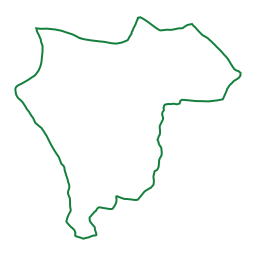 Mayo, Pattani, Thailand
{"feature_id": "78962969B89271538016717", "entity_name": "Mayo", "entity_type": "district", "adm_level": 2, "iso_a3": "THA", "parent_name": "Thailand", "parent_adm1": "Pattani", "projection": "orthographic", "projection_center": [101.405, 6.689], "detail": "fine", "context": "isolated", "style": "outline", "palette": "green", "viewbox_px": 256, "rotation_deg": 0, "n_neighbors": 0, "source": "geoboundaries", "source_scale": "gbopen_adm2", "svg_char_len": 4360}
<svg xmlns="http://www.w3.org/2000/svg" viewBox="0 0 256 256"><path d="M192.0,24.0L187.8,24.9L186.7,25.4L183.9,27.2L182.7,28.1L181.3,28.3L179.4,28.3L177.3,28.6L173.5,29.5L170.5,29.9L169.4,29.8L166.6,29.7L164.7,30.0L162.5,30.2L161.2,30.4L159.6,30.2L155.9,27.9L147.2,21.4L143.2,18.8L140.4,17.3L140.2,17.5L139.8,17.6L139.4,17.6L138.9,17.5L138.7,17.5L138.3,17.6L138.1,17.7L137.8,17.9L137.8,18.2L137.8,18.4L137.8,18.6L137.8,18.8L137.7,18.8L137.6,19.1L137.4,19.5L136.9,20.7L136.3,22.2L136.0,23.0L135.9,23.5L135.8,23.8L135.0,25.4L134.2,27.0L133.3,28.6L133.2,29.0L133.0,29.5L132.8,30.2L132.6,30.6L132.3,31.1L132.2,31.2L132.1,31.5L131.9,31.8L131.8,32.0L131.7,32.1L131.5,33.7L131.5,33.8L131.2,34.2L130.3,35.6L129.7,36.6L129.1,37.5L128.8,38.1L128.3,39.2L127.8,39.9L127.8,40.0L127.7,40.1L127.4,40.3L124.3,41.6L121.9,42.5L119.1,43.1L116.3,43.6L112.1,43.3L110.1,43.0L108.2,42.6L105.1,42.0L102.1,41.6L100.1,41.5L98.1,41.2L94.5,40.8L92.0,40.5L89.8,40.2L86.2,39.6L82.9,39.0L80.4,38.3L80.5,38.2L78.2,37.4L77.5,36.9L76.1,36.2L73.5,34.8L70.4,33.7L66.0,32.3L64.8,31.9L63.5,31.4L60.8,30.6L58.4,30.1L55.3,29.5L53.2,29.3L50.4,29.0L47.5,28.7L44.9,28.7L40.4,28.8L36.3,28.3L37.3,32.1L38.9,35.1L40.0,37.8L40.7,39.2L40.9,41.0L41.6,43.4L42.5,45.8L42.6,50.0L42.4,52.7L42.0,56.6L41.5,61.7L41.0,64.2L40.1,67.1L38.5,70.7L36.7,73.2L35.2,75.2L34.7,75.6L31.5,77.6L28.5,79.7L21.8,83.6L20.6,84.1L19.5,84.7L18.2,85.3L16.6,86.5L15.8,87.6L15.4,88.6L15.4,90.0L15.7,92.3L16.0,94.0L16.3,94.9L17.1,96.5L18.3,98.2L19.1,99.0L20.6,100.1L22.6,102.3L24.7,105.4L25.8,107.2L26.7,108.9L29.1,111.9L31.4,115.8L33.0,117.8L34.4,120.8L35.0,122.2L35.6,123.1L39.2,126.2L39.6,126.5L41.4,127.9L43.6,131.1L46.7,136.0L50.5,143.6L52.2,146.7L53.8,149.5L57.0,154.5L58.9,157.2L59.7,159.4L61.2,163.3L61.5,164.0L63.1,165.4L63.9,166.4L64.4,167.6L64.6,170.0L66.3,175.5L67.5,179.1L68.4,182.8L69.2,185.0L69.3,186.7L69.3,187.6L68.1,191.5L68.0,193.5L68.9,196.2L69.8,198.1L70.0,201.1L70.1,205.0L70.3,207.7L70.6,208.9L70.7,210.1L70.4,211.6L68.7,214.5L67.4,217.6L66.8,219.6L66.4,221.4L67.0,222.6L68.6,224.5L71.0,227.0L72.9,228.5L74.4,230.2L75.4,232.7L75.2,234.9L75.1,235.4L75.7,236.1L77.5,236.8L80.5,237.6L83.4,238.7L85.5,238.0L88.5,237.4L91.0,236.4L92.8,235.7L94.2,235.5L95.5,235.4L96.2,235.1L96.4,234.3L96.2,233.4L95.3,230.6L94.9,229.4L94.8,227.8L94.5,226.9L93.6,225.8L93.3,225.5L92.7,224.9L90.4,222.0L89.8,220.6L89.6,219.1L89.6,217.5L90.7,216.3L91.7,215.1L93.5,213.1L94.2,212.1L95.3,211.4L96.0,210.7L96.8,209.3L97.5,208.4L97.7,208.2L98.2,207.7L99.2,207.3L100.8,207.5L101.7,207.7L107.1,208.6L108.2,208.8L110.8,209.1L112.2,208.9L113.1,208.1L114.7,205.6L115.9,203.3L116.4,201.3L116.5,199.9L116.5,198.9L116.2,197.1L116.4,196.3L116.6,196.2L117.2,196.3L120.2,197.5L123.3,198.6L124.3,198.9L126.6,199.0L130.0,199.3L132.9,199.7L134.5,199.9L136.0,200.0L137.1,199.8L137.7,199.7L138.7,198.7L140.8,196.1L141.9,194.8L142.5,194.0L144.1,192.0L145.5,190.8L147.8,189.4L149.3,188.5L150.2,188.1L150.7,187.9L152.1,186.3L153.2,185.2L153.6,184.1L153.8,182.3L153.9,180.4L153.5,177.7L153.5,175.9L154.0,174.1L154.5,171.6L154.8,171.0L155.8,170.6L156.7,170.2L157.8,168.8L158.4,167.4L158.7,166.3L158.9,163.9L159.2,162.3L159.0,161.4L159.2,159.9L159.9,158.2L161.0,156.3L161.5,155.4L161.8,152.5L161.5,150.3L161.4,148.6L160.9,147.1L160.3,146.1L159.6,145.5L159.1,144.2L158.6,143.0L158.4,141.4L157.8,140.5L157.7,140.3L157.5,139.5L158.0,138.8L158.1,138.5L158.8,136.2L159.8,134.5L160.1,132.3L160.0,129.9L159.7,127.8L159.8,126.0L160.5,124.3L161.2,123.0L161.9,121.6L162.5,120.4L162.9,119.6L163.1,118.1L162.6,116.0L162.1,114.2L162.2,113.3L162.7,111.9L163.9,110.2L163.6,107.4L164.7,104.7L165.2,104.6L167.9,104.0L171.4,104.1L173.3,103.7L177.1,104.3L179.6,103.5L180.4,100.8L182.0,99.8L184.5,99.9L186.7,100.2L188.8,100.3L189.0,100.4L191.4,100.6L193.9,100.9L196.8,101.1L199.7,101.1L202.6,101.2L206.0,101.3L209.3,101.3L213.1,100.9L215.3,100.6L217.5,100.4L219.7,99.9L222.8,99.3L224.0,96.7L225.3,93.8L226.5,91.1L227.2,88.9L229.9,84.9L231.8,83.2L233.8,81.0L235.8,79.8L237.6,78.7L239.4,77.2L240.4,75.5L240.6,73.0L238.5,71.1L236.4,70.5L234.4,69.2L233.2,67.5L231.9,65.5L230.4,63.2L229.5,61.6L228.3,59.6L226.6,57.3L224.5,55.1L223.1,53.5L220.6,50.7L216.4,46.6L214.4,44.4L213.0,43.2L211.0,41.1L209.2,39.6L207.8,38.2L206.0,37.1L205.4,36.7L203.5,35.7L202.7,35.3L200.9,33.5L199.5,32.1L197.8,30.3L196.6,28.9L195.1,27.2L193.4,25.8L192.0,24.0Z" fill="none" stroke="#15803d" stroke-width="2"/></svg>